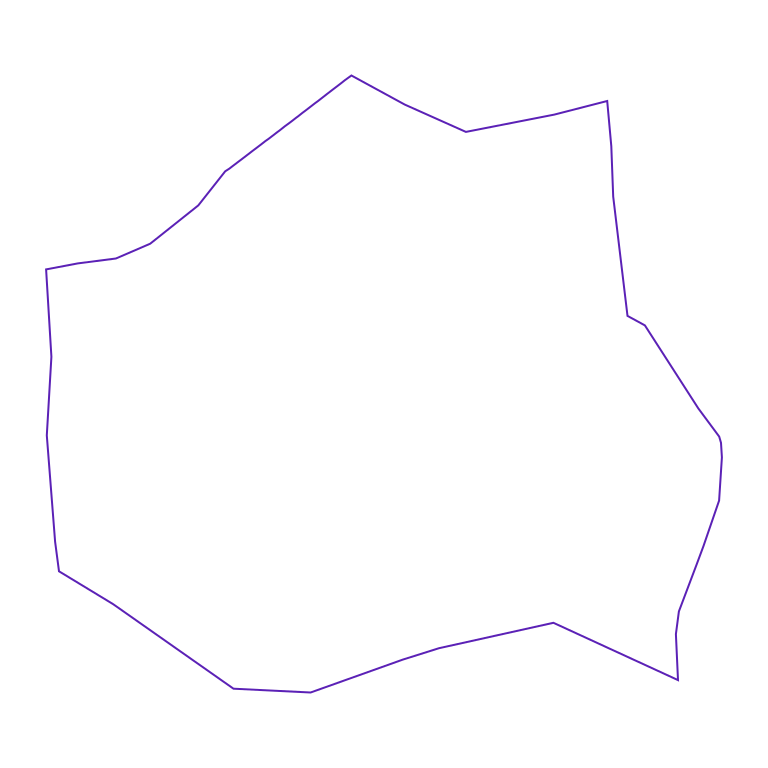 Cogt-Cecii, Ömnögovi, Mongolia (Equal Earth projection)
{"feature_id": "93677404B54738305211912", "entity_name": "Cogt-Cecii", "entity_type": "district", "adm_level": 2, "iso_a3": "MNG", "parent_name": "Mongolia", "parent_adm1": "Ömnögovi", "projection": "equal_earth", "projection_center": [105.867, 43.804], "detail": "fine", "context": "isolated", "style": "outline", "palette": "violet", "viewbox_px": 768, "rotation_deg": 0, "n_neighbors": 0, "source": "geoboundaries", "source_scale": "gbopen_adm2", "svg_char_len": 870}
<svg xmlns="http://www.w3.org/2000/svg" viewBox="0 0 768 768"><path d="M678.0,680.1L675.9,634.1L678.9,611.4L696.7,564.3L703.5,546.0L719.1,500.6L721.9,457.4L721.0,442.8L719.2,436.6L698.3,408.4L644.9,325.4L627.5,315.9L613.2,196.6L611.3,146.2L607.2,101.0L554.3,114.6L465.9,131.9L404.8,104.6L351.4,75.5L344.9,80.2L340.6,83.6L335.9,87.2L332.6,89.7L327.0,94.0L321.9,98.0L317.8,101.2L315.3,103.0L310.0,107.1L304.8,111.1L302.5,112.8L298.0,116.4L296.2,117.7L292.5,120.6L290.0,122.5L284.8,126.3L279.4,130.6L277.2,132.2L268.5,138.9L265.2,141.2L264.6,141.7L257.2,147.4L252.4,151.0L241.6,159.3L239.2,161.1L233.0,165.8L229.4,168.6L225.2,171.3L198.3,205.4L150.2,243.7L115.9,258.5L77.8,263.4L46.1,269.4L51.4,356.8L46.8,435.4L55.1,541.7L59.0,571.3L113.2,604.2L233.5,688.7L310.6,692.5L402.8,659.6L439.0,648.2L553.4,622.8L678.0,680.1Z" fill="none" stroke="#5b21b6" stroke-width="2"/></svg>